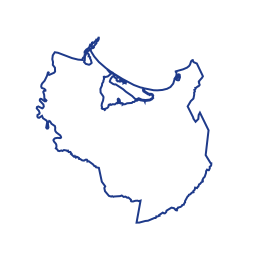 outline of Tela, Atlántida, Honduras, rotated 346°
{"feature_id": "27666195B55788691524887", "entity_name": "Tela", "entity_type": "district", "adm_level": 2, "iso_a3": "HND", "parent_name": "Honduras", "parent_adm1": "Atlántida", "projection": "robinson", "projection_center": [-87.586, 15.716], "detail": "fine", "context": "isolated", "style": "outline", "palette": "blue", "viewbox_px": 256, "rotation_deg": 346, "n_neighbors": 0, "source": "geoboundaries", "source_scale": "gbopen_adm2", "svg_char_len": 5779}
<svg xmlns="http://www.w3.org/2000/svg" viewBox="0 0 256 256"><g transform="rotate(346 128 128)"><path d="M207.3,77.8L206.9,77.7L205.4,78.5L203.5,81.5L202.3,82.6L199.9,83.7L195.6,84.4L188.0,84.6L187.9,85.0L188.4,86.2L188.1,87.6L187.3,89.4L185.4,91.2L186.3,91.7L186.9,92.5L187.1,91.8L188.6,91.2L189.0,90.4L188.7,90.1L189.4,89.7L189.3,88.8L190.3,88.2L191.0,88.8L190.7,91.3L189.0,93.9L188.1,93.9L186.8,93.1L186.3,91.9L185.3,91.4L182.6,95.9L179.1,98.5L175.4,99.4L170.6,99.4L165.7,98.6L162.1,97.6L153.4,93.5L152.8,93.6L152.3,92.8L149.8,91.6L144.1,87.7L134.4,79.0L126.5,70.9L126.2,71.2L126.5,71.6L130.0,75.1L130.3,76.1L130.8,76.2L130.7,76.5L131.3,76.5L131.2,76.9L131.8,77.0L133.2,78.4L132.8,78.7L133.4,78.7L134.1,79.6L134.4,79.4L135.7,80.7L136.5,83.0L137.0,83.3L136.6,84.1L135.8,83.4L134.6,83.5L135.0,82.9L132.7,80.5L132.7,80.9L131.4,81.1L130.7,80.5L129.2,80.2L128.5,79.0L128.8,78.7L128.6,77.3L128.1,76.4L127.1,75.6L126.9,74.5L126.3,74.1L125.5,74.2L123.2,76.0L121.6,78.3L121.6,78.8L124.1,81.6L125.4,82.5L126.6,82.7L132.6,89.1L134.7,92.2L139.8,98.0L141.8,101.3L143.0,102.2L145.6,101.7L148.4,103.9L151.8,105.1L156.0,105.7L159.1,104.7L159.4,104.3L159.7,102.6L158.9,100.8L158.0,100.5L157.8,100.8L158.5,101.1L157.4,101.2L157.6,100.6L156.8,100.8L155.7,100.3L151.8,96.2L151.7,94.6L152.5,93.9L153.2,93.9L152.7,95.3L153.5,96.8L156.4,99.7L159.4,100.8L160.0,101.4L160.3,102.7L159.6,104.0L159.7,105.0L158.0,106.0L155.8,106.5L150.9,105.9L150.7,106.4L150.6,105.8L146.7,104.1L145.4,103.0L143.4,103.7L141.5,103.4L140.5,104.2L138.8,103.9L137.8,104.6L133.1,103.8L131.1,104.2L129.4,104.0L129.2,103.6L128.3,104.0L128.5,102.6L126.7,101.8L126.5,100.6L126.7,98.9L126.4,98.0L125.7,97.2L125.2,97.4L124.8,98.2L125.1,99.9L124.2,100.7L124.9,100.5L125.2,101.3L124.6,100.9L124.6,101.4L123.7,101.5L123.0,101.0L120.9,101.9L118.9,101.2L117.6,101.5L116.6,100.7L116.2,101.2L115.2,100.8L114.7,101.1L114.2,102.5L113.4,103.2L112.3,103.7L109.6,103.9L110.2,105.7L109.1,103.7L107.7,103.3L107.3,102.4L107.9,101.6L107.7,100.1L108.6,97.9L110.4,95.4L111.6,92.5L111.7,91.5L110.0,87.0L110.7,83.4L113.0,80.5L113.7,78.6L115.3,77.1L115.5,76.2L116.5,74.8L117.1,71.6L117.3,73.4L118.3,73.0L120.8,73.1L124.8,71.2L124.7,70.5L123.8,69.8L121.9,66.0L125.9,71.1L126.4,70.5L124.6,68.8L121.1,64.6L115.7,56.9L112.5,50.4L110.8,45.1L110.6,42.9L110.9,42.2L111.8,42.2L112.5,41.5L113.5,42.0L114.4,41.6L114.4,40.6L117.9,38.1L118.2,36.7L120.1,36.0L121.2,34.5L121.5,33.3L121.2,33.2L120.8,33.8L119.3,34.8L118.5,34.6L117.9,35.8L116.6,36.0L115.7,37.1L114.3,37.1L114.2,36.4L113.7,36.5L113.6,37.1L112.7,37.7L113.2,38.0L113.3,38.6L112.6,39.1L112.6,39.7L111.3,39.8L111.9,38.2L111.4,38.0L110.0,40.2L108.8,41.0L109.9,41.5L109.6,42.7L108.9,43.5L107.8,43.7L106.7,43.0L106.8,42.6L107.5,41.9L107.4,41.5L106.5,41.8L104.5,43.3L104.1,44.4L104.7,44.7L104.5,45.9L103.4,46.8L103.4,47.5L104.7,46.8L106.1,43.2L106.2,45.0L106.6,45.7L107.0,45.6L107.4,46.2L107.8,47.6L107.1,49.0L107.9,49.4L108.4,50.2L108.0,51.2L108.4,52.7L108.5,56.0L106.9,56.9L105.5,57.2L102.6,55.6L101.3,53.3L102.3,52.2L103.5,48.3L102.8,48.1L102.4,48.7L101.5,48.9L100.6,49.9L100.4,51.0L96.2,49.6L90.7,46.7L78.3,38.1L75.3,36.8L72.6,39.3L71.2,42.9L71.2,45.9L70.3,48.6L71.7,51.8L70.9,55.6L69.6,56.5L64.5,57.4L63.9,57.1L63.4,56.3L63.5,55.4L64.4,55.1L64.3,54.8L63.7,54.8L62.1,57.7L58.5,62.0L55.5,64.0L54.4,65.3L53.8,66.9L54.0,68.2L56.3,69.8L57.1,71.2L56.9,71.8L55.3,71.7L54.5,72.5L54.7,75.6L54.0,79.1L55.5,81.5L54.8,82.2L53.7,82.0L51.0,78.9L50.2,78.5L49.6,78.8L49.1,79.6L49.1,80.4L51.6,84.7L51.5,86.7L50.6,87.8L49.5,88.2L46.2,85.4L44.7,85.7L44.2,86.9L45.7,89.8L45.9,92.1L45.4,92.8L43.3,93.5L42.8,95.1L43.3,96.2L44.3,96.6L47.5,95.4L47.9,98.0L50.8,101.1L51.0,102.8L48.7,107.9L49.3,109.0L50.1,109.1L50.9,108.3L51.4,103.8L53.2,102.1L54.0,102.8L54.8,105.4L57.5,108.4L57.5,110.0L56.8,112.2L56.8,113.5L57.4,115.0L60.5,118.8L60.9,120.7L60.6,121.2L59.8,121.4L57.2,120.5L54.8,120.3L53.7,120.8L52.7,121.7L52.9,123.2L54.2,125.8L54.4,127.1L54.0,129.1L53.0,130.3L54.2,131.7L54.5,133.0L55.7,133.8L57.9,133.7L58.8,134.4L60.5,133.9L63.2,135.1L63.5,135.7L64.3,135.5L64.7,137.0L66.3,137.3L66.6,138.2L66.3,139.1L67.0,139.4L66.8,140.0L68.7,142.9L69.2,143.0L69.7,142.5L70.3,144.1L71.2,143.5L72.0,144.0L73.1,145.1L72.8,145.6L73.0,146.2L74.2,146.6L75.7,148.3L77.4,149.0L79.2,148.5L80.4,148.8L80.7,149.4L80.5,150.7L81.9,150.8L85.3,154.9L86.2,156.9L87.3,157.2L87.5,158.4L90.1,159.6L89.6,173.8L91.8,179.1L90.5,180.5L90.4,183.8L93.1,189.3L95.2,190.5L96.1,190.3L97.2,191.2L97.9,191.1L103.9,192.2L105.6,192.0L107.1,193.8L109.0,194.0L110.4,195.5L111.5,195.5L113.5,198.3L113.2,199.5L113.5,200.0L115.0,200.5L117.5,200.4L119.7,200.8L120.8,201.6L122.6,201.5L113.4,221.9L116.1,222.5L122.3,222.4L125.0,222.8L132.0,221.7L133.0,222.0L133.7,221.5L134.1,220.6L135.1,221.0L137.3,220.8L137.1,220.0L141.3,218.5L142.3,219.5L143.2,219.7L144.7,218.8L145.4,217.5L150.9,215.8L153.2,216.9L154.4,219.2L155.5,219.8L155.7,219.6L155.4,218.4L156.8,218.0L157.3,217.3L159.8,217.3L161.2,216.8L162.0,215.9L163.6,215.9L164.3,214.7L165.4,214.0L165.6,212.8L169.3,208.8L170.1,208.6L171.0,207.5L172.4,207.4L174.2,206.2L176.0,206.2L176.0,205.1L177.8,204.0L178.7,202.1L180.4,203.0L181.4,202.0L182.1,201.8L183.3,199.9L184.4,199.7L186.1,198.4L187.6,198.1L187.9,197.5L187.5,196.7L189.1,194.8L190.6,193.9L192.8,190.5L193.4,188.7L194.6,187.5L195.7,188.4L196.3,188.5L197.6,186.9L197.9,185.4L199.3,184.8L199.8,184.1L200.3,182.4L199.7,182.1L199.4,181.3L196.8,173.1L205.6,149.7L201.5,130.5L199.7,132.5L198.4,136.3L195.1,138.3L193.7,134.6L193.8,133.5L191.1,121.5L195.4,117.1L198.6,115.3L200.3,111.7L200.8,109.5L201.7,108.8L201.6,107.1L202.4,107.0L203.1,106.1L203.1,105.4L203.7,105.5L205.8,104.5L206.5,104.6L207.8,103.7L208.0,103.2L207.7,101.2L208.2,100.6L208.0,99.9L212.1,97.1L213.2,95.9L210.4,82.1L207.9,80.2L207.3,79.3L207.3,77.8Z" fill="none" stroke="#1e3a8a" stroke-width="2"/></g></svg>